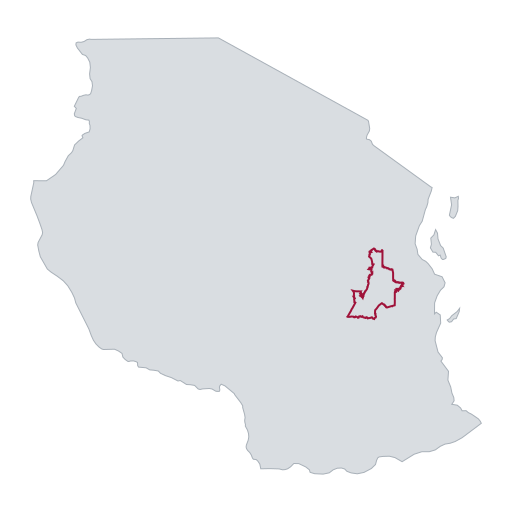 Morogoro, Morogoro, United Republic of Tanzania shown in context
{"feature_id": "72390352B24110633153516", "entity_name": "Morogoro", "entity_type": "district", "adm_level": 2, "iso_a3": "TZA", "parent_name": "United Republic of Tanzania", "parent_adm1": "Morogoro", "projection": "orthographic", "projection_center": [37.947, -7.052], "detail": "fine", "context": "in_parent", "style": "outline", "palette": "rose", "viewbox_px": 512, "rotation_deg": 0, "n_neighbors": 0, "source": "geoboundaries", "source_scale": "gbopen_adm2", "svg_char_len": 9131}
<svg xmlns="http://www.w3.org/2000/svg" viewBox="0 0 512 512"><path d="M178.0,381.0L171.4,377.6L165.4,375.6L160.5,373.3L158.3,371.0L153.7,370.2L149.8,369.9L146.1,367.8L138.6,367.1L137.7,365.7L137.5,362.5L136.2,361.7L133.5,360.9L130.5,361.0L128.7,361.5L127.7,361.3L125.2,359.5L122.9,357.1L122.0,353.4L118.5,351.0L114.5,349.2L103.5,349.5L101.8,349.0L99.1,347.1L96.0,344.0L93.5,340.4L91.3,335.6L88.9,329.0L75.8,302.9L74.5,298.0L71.9,292.5L67.8,285.8L63.4,280.9L57.5,276.4L50.9,272.0L47.3,269.0L40.3,256.7L38.8,250.9L37.7,245.0L38.1,242.5L42.2,234.7L42.6,232.5L42.0,229.6L39.9,223.5L37.1,216.0L31.5,202.5L30.7,199.1L30.8,196.5L33.8,182.6L33.7,180.7L46.4,180.8L55.6,174.5L63.5,165.3L65.1,161.5L68.3,155.7L71.5,152.7L72.8,150.7L74.6,144.9L78.8,140.9L82.9,137.8L82.0,135.7L82.6,134.9L84.9,133.4L89.2,131.9L90.1,128.8L90.0,125.4L89.3,123.5L89.4,121.3L88.8,120.1L85.9,119.8L81.6,118.2L78.0,117.5L75.6,116.6L74.7,115.8L74.3,113.8L76.3,108.4L74.3,106.3L78.6,97.5L79.4,96.4L81.1,96.3L83.6,95.3L86.0,94.8L87.9,95.1L89.3,94.7L90.6,93.7L91.6,90.7L92.5,85.8L92.0,81.7L90.1,78.6L89.6,73.9L90.4,67.5L89.8,62.2L87.7,58.0L85.6,55.5L82.4,54.4L77.4,48.0L75.9,44.9L76.1,42.9L77.9,42.1L81.1,42.3L84.1,41.5L86.9,39.7L89.6,39.1L91.0,39.4L218.4,37.9L367.9,120.3L368.5,121.3L369.7,128.5L369.4,130.9L367.1,135.1L366.5,137.2L366.4,138.7L367.0,139.3L369.0,139.5L370.6,140.5L371.3,141.3L372.5,144.4L374.2,145.9L430.8,186.9L432.1,187.5L431.3,191.0L428.1,199.3L427.9,202.7L426.7,206.8L425.4,209.5L422.2,221.2L419.4,225.6L415.7,235.9L415.1,243.7L417.1,249.2L417.9,254.4L422.2,259.5L425.7,261.3L428.1,263.6L432.2,268.9L434.6,274.2L442.1,276.8L445.1,282.8L444.0,286.8L440.5,290.2L437.2,295.7L434.6,302.9L434.5,313.9L436.2,312.2L440.2,314.9L440.7,323.1L436.5,332.5L435.3,336.9L435.1,340.7L438.0,352.0L442.4,357.8L442.1,359.6L440.9,361.1L448.5,371.3L447.9,380.1L450.7,387.0L451.9,393.0L453.8,397.6L454.1,400.8L451.8,404.3L457.3,405.2L460.6,408.0L462.1,410.8L466.1,410.7L468.3,412.6L471.4,414.1L478.3,418.8L480.2,421.1L481.3,423.3L462.1,437.7L455.2,441.5L450.3,443.2L445.0,444.1L440.1,446.4L435.3,449.9L429.3,451.7L421.9,451.7L414.2,454.2L402.1,461.7L395.0,457.6L389.4,456.2L383.1,456.4L379.2,456.9L377.8,457.8L376.6,460.3L375.5,464.5L371.4,468.5L364.0,472.4L357.3,473.8L351.1,472.9L346.9,471.3L344.7,469.0L341.5,468.0L337.3,468.2L333.2,469.8L329.3,472.8L323.2,474.1L314.6,473.7L310.1,472.3L309.4,469.8L305.7,466.9L298.8,463.6L293.8,463.5L290.6,466.8L287.6,468.8L285.0,469.6L282.6,469.8L279.1,468.9L269.7,468.6L260.8,468.8L259.8,464.1L258.0,461.3L256.3,459.6L253.3,459.2L252.4,457.9L251.3,455.0L249.8,452.6L247.7,450.5L246.5,448.6L246.1,446.9L246.4,445.0L248.2,440.2L248.8,436.9L248.5,433.5L247.5,430.1L245.3,426.0L245.5,424.8L244.8,422.0L244.7,420.1L245.1,417.6L244.6,414.4L242.7,407.6L242.7,405.8L240.7,402.5L234.7,394.7L234.4,393.7L225.0,385.9L221.2,384.2L219.9,385.7L219.4,387.1L219.8,389.6L219.6,390.9L219.2,391.4L217.0,391.4L215.6,391.1L212.1,389.0L209.3,388.5L202.5,388.9L200.1,389.5L198.2,389.0L194.6,385.4L190.3,384.7L186.5,384.5L180.2,380.5L178.0,381.0ZM443.2,248.1L446.2,256.8L445.8,258.4L443.6,259.4L442.5,259.5L441.1,258.1L440.2,255.1L438.5,255.8L435.7,252.3L432.9,252.1L430.4,247.9L431.4,244.3L430.8,238.1L433.9,234.9L435.6,229.6L437.5,233.2L438.0,238.9L440.6,245.6L443.2,248.1ZM458.3,196.3L458.5,198.4L457.9,200.3L458.0,206.5L457.7,210.6L455.4,216.3L453.5,218.3L451.8,217.7L450.4,216.7L449.4,215.2L451.6,204.8L450.5,197.2L454.8,197.9L458.3,196.3ZM451.6,321.7L449.4,322.2L448.6,321.7L447.2,320.0L449.6,318.6L451.8,315.7L457.1,311.6L459.6,308.3L459.2,311.6L456.2,318.6L453.6,319.0L451.6,321.7Z" fill="#d9dde1" stroke="#a8b0b8" stroke-width="1"/><path d="M374.2,319.0L374.5,318.1L375.1,317.7L375.7,317.5L376.0,316.8L376.0,316.3L375.4,315.4L375.5,314.3L375.2,314.0L375.3,313.7L375.0,313.6L375.1,310.7L375.2,310.1L376.6,308.6L378.8,305.5L381.8,303.2L382.2,303.3L383.0,304.1L383.4,304.3L384.2,304.5L384.3,305.0L384.6,305.0L384.8,305.5L385.0,305.5L385.1,305.8L385.4,305.9L385.4,306.2L385.9,306.5L386.0,306.9L386.3,307.0L386.3,307.3L386.9,307.5L387.4,307.4L390.8,306.3L392.2,306.0L392.3,306.1L392.5,305.9L394.7,305.3L394.8,302.4L394.8,300.2L394.7,298.8L394.8,298.6L394.8,297.1L394.8,292.5L395.0,292.4L395.0,292.0L395.2,291.8L395.5,291.8L395.4,291.6L395.6,291.6L395.5,291.4L395.7,291.2L396.0,291.1L395.9,290.9L396.1,290.9L396.1,290.6L396.4,290.4L396.2,290.2L396.3,290.2L396.5,290.3L396.6,290.1L396.6,289.9L396.8,290.0L396.7,289.8L396.9,289.7L397.0,289.9L397.2,289.6L397.3,289.7L397.5,289.5L397.3,289.3L397.6,289.3L397.5,289.2L397.9,289.0L397.8,288.9L398.0,288.9L398.0,289.0L398.3,288.9L398.2,289.1L398.3,289.2L398.5,289.1L398.3,289.4L398.5,289.3L398.6,289.5L398.7,289.2L398.9,289.2L398.9,289.4L399.1,289.4L399.2,289.2L399.3,289.3L399.5,289.2L399.6,289.3L399.7,289.2L399.9,289.1L400.1,288.8L400.0,288.6L400.3,288.5L400.2,288.3L400.2,288.2L400.2,287.8L400.4,287.8L400.4,287.7L400.5,287.7L400.5,287.4L400.6,287.1L400.7,287.3L400.8,287.2L400.7,286.9L400.9,286.7L401.3,286.5L401.5,286.3L401.7,286.1L401.8,286.1L401.7,285.7L401.8,285.6L401.8,285.4L401.9,285.2L402.1,285.1L402.3,285.2L402.2,285.0L402.3,284.8L402.4,284.7L402.5,284.5L402.3,284.3L402.5,284.2L402.6,284.3L402.7,284.1L402.6,283.8L402.9,283.8L402.9,283.6L403.0,283.7L403.3,283.6L403.1,283.3L403.3,283.1L403.2,282.9L402.8,282.6L401.8,282.6L401.1,282.8L400.9,282.6L400.2,282.7L399.3,282.5L399.2,282.8L398.7,282.7L398.5,282.2L398.1,282.2L397.6,282.2L397.5,282.3L397.2,282.1L396.7,282.4L396.2,282.3L396.0,282.1L395.6,282.2L395.2,281.9L395.4,281.7L395.2,281.5L395.3,281.2L394.9,280.9L395.0,280.8L394.8,280.6L394.7,280.7L394.3,280.6L394.2,280.7L393.9,281.0L393.6,280.9L393.4,280.7L393.5,280.6L393.5,280.3L393.2,279.8L393.3,279.5L393.1,278.4L393.1,272.9L392.4,269.5L392.1,269.4L391.8,269.4L391.1,269.7L390.9,269.7L390.7,269.5L390.7,269.4L390.4,269.5L389.8,269.2L389.4,269.3L389.1,268.9L388.9,268.9L388.5,268.4L388.0,268.2L387.8,268.1L387.6,268.1L387.3,268.4L387.1,268.4L387.0,268.2L387.3,268.2L387.2,268.0L386.0,267.6L384.8,267.5L384.1,267.6L383.9,267.5L383.9,267.4L384.0,267.3L383.8,267.1L383.5,267.0L383.8,266.8L383.0,266.5L383.2,266.3L382.9,266.0L383.0,265.7L382.7,265.6L382.8,265.4L382.4,265.3L382.5,250.9L382.6,250.1L382.8,249.8L382.5,250.0L381.9,250.2L381.6,250.9L381.4,251.2L381.4,251.6L380.5,251.6L380.0,251.7L379.4,251.5L379.0,251.5L378.7,251.3L378.2,251.2L377.0,251.5L376.9,251.3L376.7,251.4L376.6,251.0L376.2,251.1L375.8,251.0L375.6,250.8L375.5,250.3L375.2,250.2L375.2,249.7L374.9,249.5L374.9,249.1L374.2,248.6L373.9,248.5L372.0,249.8L371.5,249.9L371.4,250.2L371.5,250.6L371.3,250.7L370.8,250.8L370.3,251.1L370.6,251.2L370.9,251.8L370.7,251.9L370.8,252.1L370.4,252.3L370.6,252.4L370.3,252.5L370.1,252.7L370.1,252.8L370.0,253.1L369.8,253.2L369.8,253.7L369.6,254.1L369.8,254.5L369.4,254.7L369.4,255.0L369.4,255.3L369.3,255.5L369.3,255.9L369.3,256.1L369.1,256.6L371.2,258.5L371.6,259.8L372.2,262.2L372.1,263.0L372.3,263.2L372.3,264.2L373.5,264.4L372.1,266.9L372.2,267.4L371.6,267.6L369.5,267.7L369.5,267.9L368.9,268.9L368.6,269.2L369.4,269.4L371.2,269.1L371.2,269.6L371.5,269.6L371.2,271.5L371.8,272.6L372.1,272.5L372.2,272.9L372.3,272.8L372.3,273.6L371.8,273.7L371.8,274.6L371.7,274.7L370.9,274.9L369.9,274.8L369.7,275.1L369.8,275.2L369.6,275.3L369.3,275.5L369.7,276.4L369.6,276.6L369.4,276.8L368.6,277.1L368.5,277.6L369.3,278.2L368.8,279.3L368.0,280.4L368.2,280.6L368.0,281.8L368.4,281.9L368.5,282.1L368.6,283.8L368.0,284.9L368.0,285.3L367.9,286.0L367.6,286.3L367.3,286.9L367.5,287.2L367.3,287.4L367.1,288.8L365.7,290.9L365.3,291.0L365.1,291.3L364.9,291.6L365.0,291.9L364.8,292.2L364.7,292.6L364.3,292.9L364.2,293.3L364.0,293.2L363.7,293.6L363.6,293.9L363.3,294.1L363.4,294.6L363.5,295.1L363.0,295.4L362.9,295.8L363.1,296.0L362.8,296.2L363.0,296.3L362.9,296.6L363.0,296.7L363.0,296.8L362.7,296.8L362.6,297.0L362.9,297.1L362.7,297.9L362.3,297.3L362.4,297.2L362.2,297.2L361.8,296.9L362.0,296.7L361.9,296.5L361.7,296.6L361.6,296.3L361.8,296.3L361.7,296.1L361.2,296.0L361.6,295.7L361.2,295.7L361.4,295.0L361.2,294.9L361.3,295.1L361.0,295.1L360.9,294.8L361.1,294.7L361.3,294.6L361.2,294.6L361.2,294.4L360.7,294.5L360.9,294.2L360.6,294.2L360.6,293.9L360.4,293.7L360.8,293.5L360.6,293.4L360.6,293.2L361.0,292.7L360.8,292.2L360.3,291.6L360.5,291.4L356.2,291.3L354.4,291.1L352.8,290.7L353.8,292.1L354.0,293.4L353.9,294.7L354.1,295.5L354.1,297.1L353.7,297.0L353.8,297.2L354.0,297.3L354.0,297.5L354.3,297.7L354.3,298.0L354.6,298.0L354.8,298.4L354.2,298.8L354.1,299.1L354.3,300.1L354.4,302.0L354.6,302.0L355.4,302.6L353.2,306.7L352.9,307.2L352.7,307.7L351.5,309.5L351.1,310.6L348.2,315.6L348.0,316.1L347.5,316.7L347.9,316.9L349.4,316.9L350.7,316.7L351.0,316.5L351.7,316.5L352.1,316.6L353.2,316.6L353.5,316.7L353.9,317.2L354.3,317.3L354.6,317.0L355.2,317.1L355.6,316.5L356.7,316.8L357.6,317.3L358.0,317.8L358.6,317.6L358.7,317.0L359.2,316.7L359.2,316.4L359.5,316.3L360.0,316.4L360.0,316.2L360.0,316.3L360.6,316.2L361.3,316.9L361.5,316.9L362.5,316.3L362.8,317.0L363.4,317.4L364.7,317.6L365.1,317.9L365.7,318.0L365.9,317.9L366.0,317.4L366.3,317.2L366.9,317.3L367.8,318.4L368.6,318.1L370.1,318.0L370.6,317.7L371.6,317.5L371.9,317.3L372.2,317.5L372.7,318.5L374.2,319.0Z" fill="none" stroke="#9f1239" stroke-width="2"/></svg>